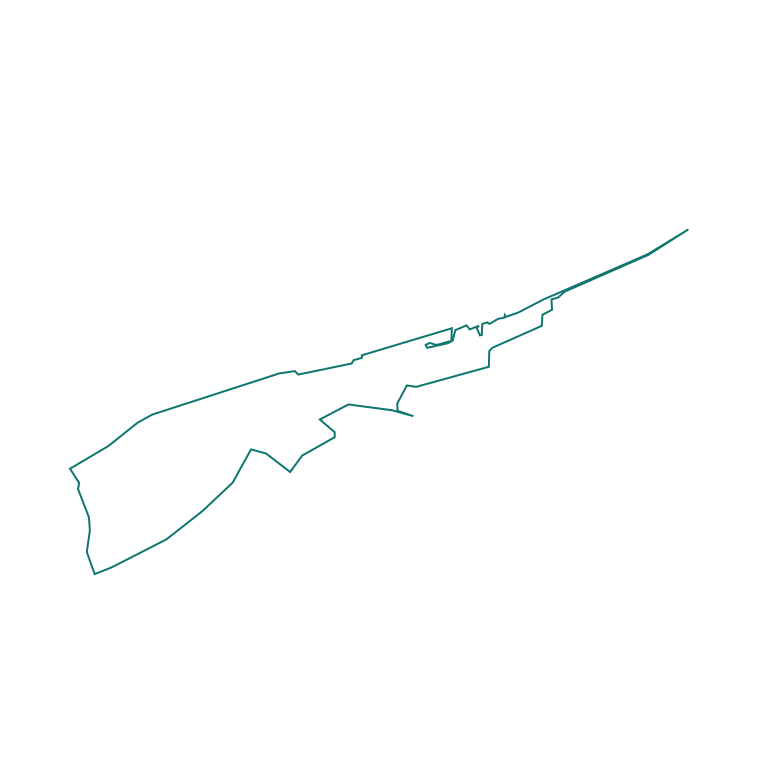 outline of South East Inner City Lea-5, Dublin, Ireland, rotated 337°
{"feature_id": "5873133B57887905689291", "entity_name": "South East Inner City Lea-5", "entity_type": "district", "adm_level": 2, "iso_a3": "IRL", "parent_name": "Ireland", "parent_adm1": "Dublin", "projection": "equal_earth", "projection_center": [-6.215, 53.339], "detail": "fine", "context": "isolated", "style": "outline", "palette": "teal", "viewbox_px": 768, "rotation_deg": 337, "n_neighbors": 0, "source": "geoboundaries", "source_scale": "gbopen_adm2", "svg_char_len": 1034}
<svg xmlns="http://www.w3.org/2000/svg" viewBox="0 0 768 768"><g transform="rotate(337 384 384)"><path d="M307.0,337.3L291.5,333.3L158.9,321.6L142.2,323.3L106.0,333.4L61.9,339.3L64.7,356.0L61.3,361.1L60.3,391.3L56.1,403.8L44.8,422.5L43.4,445.9L60.9,446.4L104.9,443.3L123.0,442.0L167.0,430.1L206.1,415.7L236.0,392.3L248.2,401.8L263.2,428.3L280.8,417.9L317.8,413.7L319.8,409.2L311.1,391.6L343.2,388.9L381.1,411.3L398.5,425.1L385.9,413.9L388.7,407.0L404.5,394.3L412.5,399.2L487.2,409.1L493.8,394.8L498.2,393.0L552.0,392.1L556.9,382.2L567.7,381.3L571.2,371.6L578.1,372.4L586.2,369.6L678.0,368.4L724.6,360.6L677.4,367.6L563.4,368.5L535.3,370.7L522.3,369.8L522.2,367.9L520.7,369.9L514.4,368.6L504.6,369.9L503.0,367.6L497.9,367.2L493.2,377.0L491.3,376.7L491.3,368.5L494.2,367.5L484.2,367.2L482.8,362.3L470.7,362.3L464.2,370.9L458.6,371.4L437.9,367.6L437.6,364.4L442.2,364.1L447.5,368.6L462.9,370.7L468.2,359.2L374.8,348.9L374.0,351.3L365.4,350.2L362.2,352.5L308.8,341.8L307.0,337.3Z" fill="none" stroke="#0f766e" stroke-width="2"/></g></svg>